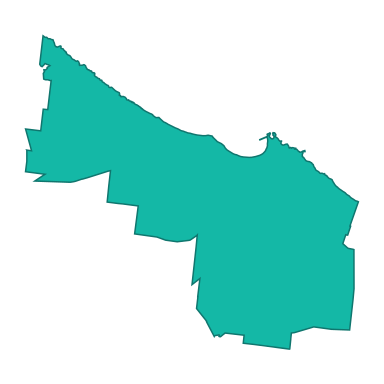 outline of Warrnambool, Australia, rotated 179°
{"feature_id": "25037944B46822546280655", "entity_name": "Warrnambool", "entity_type": "district", "adm_level": 2, "iso_a3": "AUS", "parent_name": "Australia", "parent_adm1": "", "projection": "equal_earth", "projection_center": [142.516, -38.378], "detail": "fine", "context": "isolated", "style": "filled", "palette": "teal", "viewbox_px": 384, "rotation_deg": 179, "n_neighbors": 0, "source": "geoboundaries", "source_scale": "gbopen_adm2", "svg_char_len": 5943}
<svg xmlns="http://www.w3.org/2000/svg" viewBox="0 0 384 384"><g transform="rotate(179 192 192)"><path d="M25.8,179.3L26.7,179.8L28.7,180.4L30.7,181.9L32.8,183.2L34.2,184.5L34.7,185.2L37.4,186.9L38.7,188.4L40.1,189.4L41.0,189.9L43.7,191.9L44.5,192.3L45.1,193.0L45.7,193.4L46.5,194.4L47.3,194.8L48.5,196.1L49.3,197.2L49.9,198.3L50.9,199.9L51.3,200.7L51.4,201.1L51.7,201.8L52.4,202.3L54.6,203.2L55.4,203.8L55.8,204.4L56.4,204.9L56.6,205.6L57.3,205.8L57.6,206.4L58.3,206.4L58.7,206.8L58.9,207.5L59.1,208.0L59.8,207.7L61.3,208.4L62.3,208.5L63.0,208.3L63.6,208.5L65.1,210.1L67.4,211.5L68.0,212.2L68.7,213.9L69.7,215.2L70.2,216.9L70.4,217.4L71.2,218.0L72.0,219.2L72.7,219.4L73.3,219.9L74.0,220.3L75.3,220.5L76.8,220.9L77.6,221.4L79.2,223.6L79.5,224.2L79.8,224.6L80.3,225.0L80.8,225.2L81.1,225.6L81.0,227.0L81.1,227.7L80.5,228.7L80.5,230.0L80.2,230.3L79.2,230.3L78.9,230.6L78.3,230.5L78.3,230.8L78.5,231.5L80.9,230.8L81.8,230.1L83.6,229.9L84.0,230.5L84.7,230.7L85.7,231.9L86.6,232.9L87.1,233.0L88.1,233.1L87.8,233.4L87.6,233.9L89.2,234.2L90.1,234.5L91.0,234.6L91.9,234.1L92.5,234.8L93.0,234.7L93.6,234.3L94.0,234.3L94.3,234.9L94.3,235.2L94.5,236.1L95.3,237.3L95.6,237.9L96.0,238.3L97.5,238.1L99.5,237.4L100.0,237.3L100.8,237.5L101.4,237.9L101.5,238.1L102.2,238.8L102.4,239.1L102.1,240.1L101.6,241.0L101.6,241.4L102.1,241.5L102.5,241.2L103.1,241.2L104.3,242.4L105.1,243.8L106.0,244.6L106.2,244.9L106.5,245.0L107.4,245.6L107.7,246.3L107.1,247.6L107.2,247.9L107.6,248.7L108.2,249.2L108.3,249.7L109.0,249.8L109.3,249.5L109.9,249.9L110.1,249.7L110.2,248.9L110.0,248.3L110.1,247.5L109.2,246.6L109.0,245.6L109.1,244.9L110.2,243.8L110.9,243.7L111.6,243.9L112.3,244.5L113.6,245.8L113.8,246.5L112.6,249.1L112.8,249.6L113.4,249.7L114.3,249.0L115.5,248.7L115.8,248.5L115.9,248.2L115.7,247.7L115.3,247.5L115.2,247.3L115.9,246.2L123.3,243.2L123.2,242.9L116.0,245.8L115.4,242.9L115.4,241.3L115.7,239.4L115.8,238.6L115.7,237.3L116.3,235.0L117.0,233.8L117.8,232.0L118.6,231.0L120.4,229.2L122.1,228.2L123.6,227.5L127.9,226.3L132.0,225.6L134.4,225.6L139.9,226.1L142.7,226.6L145.1,227.6L146.7,228.4L148.5,228.8L150.3,229.6L155.0,232.6L156.4,233.6L158.0,235.4L159.2,237.6L159.9,238.3L161.0,239.1L161.5,239.7L166.0,242.0L166.5,242.7L169.5,245.7L169.7,246.0L170.1,246.2L170.3,246.5L170.3,246.8L170.9,247.6L174.9,248.5L177.3,248.1L180.1,248.1L186.0,248.9L189.3,249.7L191.1,250.2L192.5,250.7L195.4,251.2L196.4,251.7L198.7,252.5L199.1,252.8L201.8,253.5L204.7,255.2L206.3,255.9L207.4,256.3L215.1,260.3L215.7,260.8L217.6,261.9L219.2,262.6L222.6,265.8L223.8,267.1L226.8,267.0L229.7,269.2L230.0,270.0L231.8,271.0L232.9,271.3L233.6,271.8L236.6,273.3L238.8,274.7L239.1,275.0L239.5,275.1L239.8,275.5L240.0,275.9L240.7,276.1L240.7,276.3L241.1,276.4L241.2,276.7L241.3,276.9L241.7,277.0L241.8,277.4L242.0,277.6L242.4,277.7L242.9,278.3L243.7,278.6L244.2,279.2L244.7,279.4L245.6,280.1L246.7,280.4L247.2,280.8L248.2,281.4L248.5,281.8L248.5,282.3L249.0,282.4L249.4,282.8L249.7,282.7L250.0,282.4L250.6,282.6L250.7,282.9L250.4,283.3L250.5,283.4L250.9,283.4L251.1,283.6L251.9,283.6L252.0,284.0L252.6,284.0L253.3,284.4L253.6,285.1L253.8,285.2L254.1,284.9L255.5,285.3L255.8,285.5L255.9,286.4L257.2,287.9L259.0,288.7L259.6,288.6L260.5,288.8L260.8,288.5L261.2,288.5L261.7,288.7L261.9,289.0L261.9,289.7L262.2,289.9L263.0,290.1L263.0,290.3L262.8,290.5L262.7,291.7L262.9,292.3L263.1,292.6L265.8,293.9L267.2,294.9L270.3,297.9L271.1,298.2L272.0,297.8L272.7,298.0L273.2,298.3L273.4,298.4L273.5,298.9L273.5,299.3L274.2,300.1L275.4,300.5L275.9,301.0L276.4,301.2L277.5,302.1L278.3,303.0L279.6,303.6L280.0,304.0L280.1,305.0L280.3,305.3L280.5,305.4L281.5,305.3L281.9,305.5L282.6,306.9L283.1,306.9L284.7,307.8L285.2,308.5L286.5,309.0L287.1,309.7L287.5,310.4L287.5,310.6L287.3,310.8L287.4,311.6L287.1,311.8L287.2,312.4L287.9,313.0L288.9,313.0L289.7,313.2L289.9,313.8L290.3,314.2L290.4,314.7L291.3,314.7L291.6,315.1L292.1,315.1L292.4,315.3L292.8,315.9L293.1,316.0L293.6,315.9L293.8,316.2L294.7,316.6L294.9,316.8L294.9,317.3L295.7,318.3L296.2,320.0L296.4,320.3L296.9,320.5L297.3,321.0L298.1,321.2L299.6,320.6L300.2,320.6L301.0,320.8L302.0,320.5L302.5,321.1L302.3,322.2L302.3,322.5L302.7,323.0L303.0,324.0L303.6,324.7L304.1,325.1L304.5,325.1L305.1,324.7L306.0,325.0L307.8,326.4L309.0,326.8L309.6,327.3L310.0,327.8L310.4,328.6L311.4,330.1L312.2,330.7L313.2,331.0L314.7,332.2L315.4,333.3L315.4,333.6L315.2,333.9L315.2,334.0L316.1,334.4L316.5,335.1L317.5,335.9L318.3,337.3L320.0,337.8L320.4,338.0L320.5,338.4L320.4,339.8L320.5,340.1L320.8,340.3L321.7,340.2L324.0,339.2L324.4,339.3L324.7,339.6L324.9,339.5L325.3,339.5L326.5,340.8L326.6,341.2L327.1,343.5L327.5,344.2L328.2,346.4L328.4,346.7L329.2,346.7L330.4,347.2L331.3,347.7L333.3,347.8L334.4,349.1L334.7,349.2L336.5,349.3L337.5,350.3L338.2,350.8L342.0,322.4L341.1,320.7L339.7,319.9L338.1,321.4L336.7,323.0L334.3,321.9L333.2,321.7L331.8,320.8L334.7,319.1L334.5,318.1L336.3,316.6L337.9,316.8L337.8,315.5L337.4,314.9L338.6,313.2L338.3,307.5L336.7,306.8L334.1,306.7L331.2,305.7L330.9,305.8L334.8,276.9L339.3,277.4L342.2,255.8L357.3,257.9L351.7,236.0L356.5,236.8L356.4,236.6L356.6,225.6L358.1,215.2L338.7,212.3L349.0,205.7L315.5,204.0L313.4,203.9L310.0,204.4L308.2,204.8L301.9,206.8L301.3,206.8L296.4,208.1L275.5,214.3L273.1,214.8L275.1,199.6L277.0,183.4L266.1,181.8L261.5,181.3L246.0,179.0L250.1,151.1L227.9,147.6L219.2,144.3L207.7,142.5L195.8,143.7L194.6,144.0L188.1,148.3L187.5,148.9L188.8,137.2L193.6,99.4L185.6,105.4L188.1,87.3L187.9,87.3L189.5,75.4L179.6,62.5L179.8,62.1L172.3,47.2L172.1,47.6L171.5,47.9L170.7,48.2L169.4,48.3L167.5,48.7L167.3,48.6L167.2,48.3L167.2,48.0L167.5,47.1L166.7,46.8L166.0,46.8L163.1,49.1L161.8,50.0L161.4,50.4L142.4,47.9L143.4,39.9L132.6,38.5L97.3,33.2L97.0,33.3L95.8,43.2L95.8,43.7L95.1,49.3L92.0,49.6L72.6,55.0L55.0,52.3L36.8,51.3L32.9,81.5L31.7,92.4L31.1,131.6L31.9,131.9L36.7,132.9L37.6,133.5L42.1,137.7L39.0,146.6L38.3,146.3L37.1,146.2L34.0,155.0L34.7,155.2L25.8,179.3Z" fill="#14b8a6" stroke="#0f766e" stroke-width="1.5"/></g></svg>